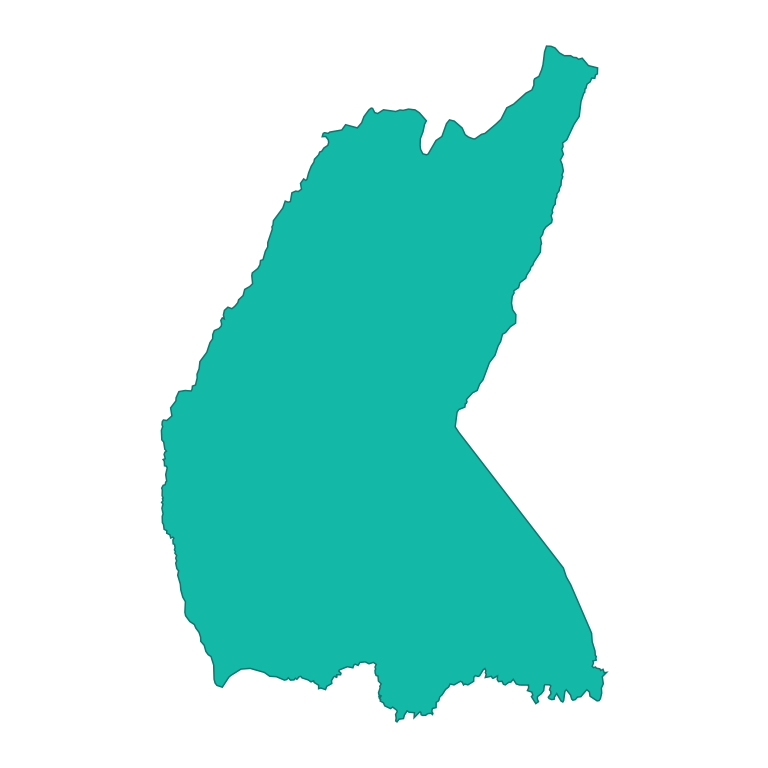 Mavago, Niassa, Mozambique
{"feature_id": "85939544B69199020344442", "entity_name": "Mavago", "entity_type": "district", "adm_level": 2, "iso_a3": "MOZ", "parent_name": "Mozambique", "parent_adm1": "Niassa", "projection": "equal_earth", "projection_center": [36.395, -12.167], "detail": "fine", "context": "isolated", "style": "filled", "palette": "teal", "viewbox_px": 768, "rotation_deg": 0, "n_neighbors": 0, "source": "geoboundaries", "source_scale": "gbopen_adm2", "svg_char_len": 6101}
<svg xmlns="http://www.w3.org/2000/svg" viewBox="0 0 768 768"><path d="M590.0,696.2L597.1,700.9L599.1,700.6L600.4,698.7L601.7,693.1L601.4,688.0L603.3,683.8L602.3,676.7L606.6,672.4L604.2,672.7L603.0,669.3L600.7,670.5L599.8,668.8L596.4,668.2L595.5,667.0L593.5,667.6L592.2,666.3L593.5,663.0L592.9,661.0L596.3,660.1L595.8,658.5L596.3,656.4L595.3,655.5L595.0,651.0L592.2,641.8L591.6,633.2L570.7,584.7L566.3,576.9L563.4,568.0L458.9,432.5L455.2,426.8L457.1,412.1L458.9,409.5L464.9,407.1L465.3,403.6L466.2,403.5L467.0,401.8L466.4,399.9L467.1,398.7L472.6,392.8L477.2,390.5L479.7,384.0L483.0,379.9L489.4,362.6L495.0,355.3L498.1,346.0L500.7,341.4L502.5,334.2L505.5,332.6L510.4,326.7L515.6,323.2L515.9,314.6L512.7,309.9L511.5,303.2L512.3,296.2L514.1,293.0L513.8,290.8L518.6,287.6L519.9,282.7L525.8,278.2L526.7,275.1L530.2,269.8L530.8,267.2L532.9,265.0L533.8,262.3L540.4,252.1L540.7,245.5L541.5,243.6L540.4,237.6L542.6,234.3L543.7,230.1L546.0,226.9L551.6,222.6L552.2,219.6L551.1,215.6L552.7,212.4L552.1,210.5L553.7,206.0L555.2,204.3L555.6,198.9L556.8,197.0L556.9,193.9L559.1,190.9L559.6,187.8L561.0,185.4L561.3,180.3L562.8,176.8L561.9,175.2L563.4,171.1L562.2,164.5L560.4,160.0L563.4,154.3L561.8,149.3L563.1,146.7L562.6,143.0L566.8,139.8L574.1,124.2L579.2,116.5L581.0,101.5L583.8,93.0L584.7,92.5L585.0,88.9L585.9,88.4L587.0,84.2L590.3,81.7L591.6,78.1L594.8,78.3L595.5,75.0L597.4,73.9L597.6,67.9L588.4,65.6L582.2,58.2L578.5,59.3L576.4,57.6L573.4,57.4L570.7,55.7L564.3,55.7L559.4,52.9L555.0,47.9L551.0,46.3L546.5,46.1L544.6,51.8L543.0,64.8L541.6,69.9L538.9,76.4L534.6,78.8L533.9,80.7L533.9,85.1L531.9,90.0L526.0,93.1L513.6,104.2L506.8,107.8L501.0,119.3L496.2,123.9L485.0,133.4L481.4,134.4L475.0,138.9L473.3,138.9L468.3,137.0L465.1,134.6L462.2,128.0L454.3,121.1L449.5,119.9L446.5,123.6L441.9,136.5L436.0,140.5L428.1,154.1L426.5,154.8L422.8,153.8L420.6,149.4L420.1,145.3L420.4,138.6L423.0,131.8L424.6,124.2L426.4,120.8L419.4,112.8L415.1,109.9L408.5,109.1L403.1,110.4L399.9,110.0L395.8,111.5L383.5,109.8L377.7,113.5L374.7,112.6L372.6,108.4L371.2,108.1L369.0,109.8L363.9,116.7L361.7,122.7L357.3,127.9L345.6,124.7L341.8,130.0L329.7,132.1L328.2,133.4L324.6,132.7L323.2,133.4L322.2,136.7L325.7,136.5L328.2,139.7L328.7,142.4L327.8,145.4L323.9,148.0L321.7,151.3L319.7,152.0L318.6,154.9L314.5,159.2L313.9,162.1L311.2,166.3L308.6,173.0L306.9,179.5L305.7,180.4L303.7,178.9L300.5,183.4L301.5,189.2L298.3,191.5L295.7,191.1L291.9,192.8L290.4,201.6L288.1,202.2L285.2,201.1L282.8,208.1L273.4,220.7L273.0,225.0L271.9,226.9L272.3,229.1L267.8,242.5L267.7,247.0L265.4,251.1L263.0,259.7L260.5,260.5L260.0,264.7L257.8,268.5L252.3,272.9L251.8,275.6L252.6,283.7L249.8,286.5L244.7,289.4L243.1,295.6L238.6,299.8L237.8,302.7L234.8,306.3L231.9,308.7L227.9,307.2L224.4,310.4L223.4,315.0L224.3,318.9L222.3,317.9L220.8,320.4L221.6,323.9L221.2,326.2L218.9,328.6L214.3,330.6L212.8,334.4L212.6,338.9L210.0,342.6L206.8,352.3L199.9,361.6L199.1,368.8L197.0,374.2L197.2,377.9L195.5,385.0L192.4,386.1L192.1,389.3L191.1,391.0L185.2,390.5L178.9,391.6L176.1,397.7L175.9,400.9L170.6,407.9L171.9,415.9L166.8,420.5L163.4,420.0L162.3,421.7L162.0,424.7L162.7,426.6L161.4,430.3L161.8,439.8L163.7,442.1L164.8,449.2L166.5,451.1L164.9,452.2L164.1,454.4L165.3,458.7L163.1,459.5L164.3,461.3L164.5,465.8L166.4,466.2L167.2,467.9L165.7,474.6L166.7,481.1L165.7,482.1L165.2,484.7L163.2,485.3L161.7,488.1L162.3,489.9L162.1,495.7L163.2,497.9L162.4,498.6L163.0,500.7L161.6,502.4L163.0,504.0L161.9,508.2L163.1,513.9L162.2,516.4L162.4,522.7L163.5,524.5L164.1,529.3L166.8,530.7L166.7,533.2L169.9,534.8L170.7,538.0L172.9,537.1L173.9,538.2L172.9,540.0L173.1,543.8L174.5,544.4L175.1,547.7L174.4,549.9L175.4,551.4L174.9,553.2L176.7,555.5L175.7,558.1L176.7,560.9L175.7,563.1L176.9,568.7L178.6,570.9L177.7,575.2L180.3,584.0L180.8,589.9L182.8,597.2L185.4,601.7L184.9,612.3L185.6,615.8L189.8,621.5L194.3,624.5L195.9,628.2L199.0,632.3L200.6,637.2L200.8,641.4L204.2,645.3L205.9,651.5L208.2,654.7L211.0,656.5L213.7,665.1L214.1,679.3L215.1,683.0L216.9,685.4L222.3,687.2L228.9,677.1L230.9,675.4L241.0,669.1L250.2,668.4L264.3,672.4L269.8,676.3L276.4,676.7L284.4,680.1L286.7,679.6L288.3,677.8L290.4,680.1L294.0,679.9L295.3,678.3L296.9,679.3L299.2,676.7L300.8,676.4L302.0,677.9L308.1,679.9L311.0,681.9L313.6,680.8L314.2,682.5L318.6,685.2L318.6,688.7L320.8,688.0L325.5,689.6L326.8,686.3L331.8,683.5L331.5,680.6L333.8,676.8L335.2,676.3L336.2,677.4L336.9,677.0L336.8,674.8L340.6,674.8L341.0,673.2L338.8,671.1L339.4,669.9L347.4,666.7L352.9,667.8L353.8,665.1L355.1,664.2L358.1,665.4L359.9,662.4L365.3,661.9L369.0,663.8L373.4,662.4L376.2,664.4L375.0,667.1L375.7,669.0L375.0,670.4L375.2,673.1L376.1,675.5L378.0,676.1L378.4,681.0L381.2,683.9L379.8,686.3L380.2,687.6L378.5,692.8L379.0,694.9L381.1,695.9L380.2,697.6L379.8,696.2L378.9,696.4L379.5,698.7L380.6,699.6L380.2,701.0L383.4,702.8L384.8,705.9L390.5,708.6L392.7,707.1L396.8,710.3L397.2,711.6L395.6,714.5L396.2,718.1L395.7,720.9L397.0,721.9L399.1,719.2L403.5,718.6L404.4,715.1L407.1,710.9L409.0,712.2L414.4,712.7L414.1,717.7L420.0,711.7L420.8,712.4L421.1,714.7L422.5,715.4L425.7,715.3L427.6,713.7L431.0,713.3L432.5,714.5L432.9,713.3L431.8,711.3L432.4,708.5L436.1,707.6L436.2,702.4L438.7,700.8L439.8,696.9L442.2,694.7L445.6,689.4L448.7,687.0L450.1,684.0L454.0,684.9L460.4,681.3L462.3,682.3L463.5,685.0L464.9,684.0L467.9,684.9L473.7,681.3L473.8,677.3L475.4,675.6L478.1,676.5L479.6,675.8L483.2,669.8L484.9,668.5L485.9,670.9L485.3,672.7L486.2,674.3L485.3,677.5L491.3,676.3L492.5,678.2L493.4,678.2L497.5,675.8L497.2,679.6L498.5,681.6L502.0,681.3L503.5,684.3L505.3,684.9L508.8,682.3L510.9,682.1L513.2,679.3L516.3,684.0L519.6,685.0L528.5,685.1L528.6,688.0L527.4,690.6L531.8,692.1L532.8,695.1L531.4,696.6L535.8,703.6L538.5,701.7L537.4,699.2L537.5,696.6L541.3,693.7L543.7,690.6L544.3,685.6L545.0,684.7L549.7,684.9L550.8,685.9L549.5,689.8L550.7,691.3L550.9,693.8L548.3,697.2L549.1,698.6L551.7,699.6L554.1,699.3L554.5,697.0L556.7,693.6L561.1,701.1L562.8,702.0L563.7,700.5L564.9,691.4L566.3,689.7L570.5,695.0L571.7,699.1L572.9,700.2L575.3,699.6L577.5,697.1L580.9,696.7L586.8,689.7L589.4,692.0L590.0,696.2Z" fill="#14b8a6" stroke="#0f766e" stroke-width="1.5"/></svg>